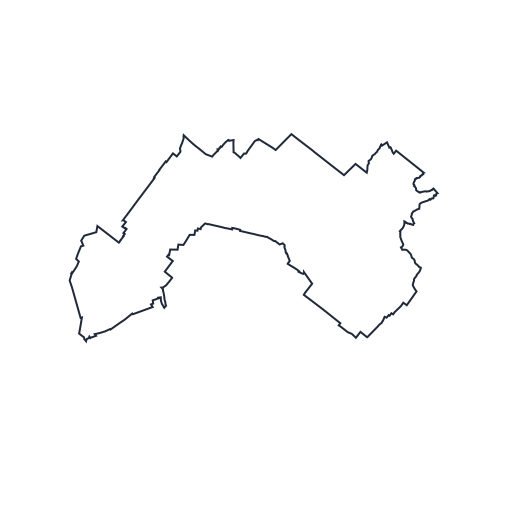 the district of Calera, Zacatecas, Mexico, rotated 216°
{"feature_id": "50627088B82170663698753", "entity_name": "Calera", "entity_type": "district", "adm_level": 2, "iso_a3": "MEX", "parent_name": "Mexico", "parent_adm1": "Zacatecas", "projection": "natural_earth1", "projection_center": [-102.752, 22.979], "detail": "fine", "context": "isolated", "style": "outline", "palette": "slate", "viewbox_px": 512, "rotation_deg": 216, "n_neighbors": 0, "source": "geoboundaries", "source_scale": "gbopen_adm2", "svg_char_len": 6076}
<svg xmlns="http://www.w3.org/2000/svg" viewBox="0 0 512 512"><g transform="rotate(216 256 256)"><path d="M216.9,424.8L218.8,419.6L220.2,420.0L220.3,419.5L219.7,418.0L219.9,417.4L219.6,416.7L219.3,415.5L219.6,414.3L219.7,412.9L219.3,411.7L219.7,409.8L219.8,408.2L220.6,406.2L220.8,405.3L220.2,403.8L219.9,401.9L220.3,400.4L220.8,399.2L220.1,398.1L219.2,397.5L219.0,396.5L219.1,395.1L217.9,393.1L216.6,391.2L215.4,388.5L229.6,389.0L232.3,373.1L269.9,374.4L271.8,374.6L288.0,375.0L299.0,375.4L302.4,353.3L306.4,353.3L322.7,352.1L322.6,350.9L323.2,350.9L324.5,348.3L324.5,345.7L324.5,336.2L324.2,333.5L324.2,333.0L324.4,332.8L325.9,331.9L326.1,328.1L326.2,326.2L327.3,326.4L334.0,327.0L335.1,326.7L340.5,333.9L342.3,336.6L345.5,333.4L346.2,333.8L346.6,333.7L347.5,330.2L347.9,326.7L347.9,324.1L348.9,323.9L348.7,321.9L349.1,321.9L348.8,319.7L349.7,319.6L348.7,318.2L349.0,318.0L349.8,312.5L349.9,310.6L356.6,308.8L358.7,309.0L366.8,309.4L368.7,309.4L373.0,309.7L377.9,310.2L385.5,311.2L385.1,310.4L384.2,309.3L383.5,308.3L383.0,306.6L382.6,305.1L382.2,304.2L381.6,301.2L381.1,299.8L381.0,299.0L380.6,298.1L379.6,297.3L378.4,295.9L378.6,290.0L383.5,290.2L383.6,279.4L384.6,279.5L384.8,271.5L384.9,268.7L384.6,268.6L384.8,260.1L384.3,260.0L384.3,258.9L383.9,258.9L384.4,230.7L384.5,217.5L384.7,206.7L384.4,207.0L381.2,207.0L381.4,202.8L381.5,201.2L378.9,201.3L378.5,201.4L378.5,201.8L378.3,201.9L376.6,201.8L376.7,196.6L375.1,196.6L375.2,194.0L374.7,194.0L374.9,188.7L374.7,188.7L374.8,186.2L401.9,187.0L399.2,181.4L403.9,175.3L404.8,174.2L406.9,171.4L406.4,165.6L405.2,165.0L401.8,162.9L403.3,160.9L401.8,154.8L400.7,150.7L399.8,147.9L396.1,147.4L394.9,142.1L394.7,137.1L394.6,134.6L395.3,134.7L395.2,133.1L394.6,133.1L392.4,126.7L386.0,122.1L361.5,102.8L360.7,103.9L357.2,96.9L353.5,89.3L348.4,89.1L348.0,89.2L347.5,89.1L346.7,88.5L345.9,87.7L345.5,87.6L344.6,87.6L344.2,87.5L343.4,87.2L344.2,89.4L343.0,91.2L343.4,92.9L341.9,92.4L341.9,92.5L338.5,97.4L340.5,98.0L337.1,101.9L334.0,106.0L331.1,111.1L330.5,111.0L326.7,122.2L324.9,127.0L322.3,136.7L321.4,136.5L309.6,154.0L312.5,155.1L311.2,157.1L313.5,159.4L311.8,161.8L310.0,164.5L310.6,164.8L308.8,166.6L306.6,163.9L304.0,162.0L299.8,160.2L299.6,163.0L300.8,163.7L301.7,164.8L302.5,165.6L303.6,166.3L304.2,166.8L306.6,169.5L309.8,172.5L310.6,173.0L311.6,174.3L311.9,174.5L313.9,174.9L312.5,176.1L312.3,177.3L311.5,179.2L311.2,184.0L311.0,189.0L311.3,189.2L320.6,189.7L320.4,203.0L327.6,203.2L327.5,205.9L326.9,205.9L329.2,210.8L323.2,215.0L325.5,219.6L321.2,222.3L321.6,228.5L322.1,234.1L318.2,236.9L320.2,240.9L318.2,242.1L319.2,244.1L316.6,245.2L317.3,246.8L316.3,252.4L315.7,252.7L313.8,253.3L313.6,253.6L313.3,253.8L301.7,258.8L297.1,260.6L295.0,261.7L291.5,263.2L290.9,263.5L291.7,264.7L291.2,264.9L291.0,265.2L287.6,266.6L284.2,267.9L283.6,266.9L280.5,268.3L274.7,270.7L270.4,272.6L266.1,274.3L262.0,276.2L261.7,276.4L260.4,276.8L260.2,277.0L259.7,277.1L258.8,277.6L258.2,278.1L257.5,278.0L254.7,278.3L254.2,278.5L250.8,278.6L249.9,278.8L249.3,279.4L243.7,279.2L241.8,282.0L240.8,281.8L239.4,281.7L238.7,281.0L238.4,280.4L238.4,280.0L236.3,278.5L234.9,277.4L234.1,276.4L232.7,276.3L232.7,275.8L231.9,275.8L230.4,274.9L230.4,274.7L225.8,271.9L225.9,268.6L225.8,268.3L221.3,268.6L221.2,268.7L215.1,269.1L212.1,269.0L212.2,268.3L209.3,268.7L208.1,269.1L207.1,269.4L206.9,270.2L207.6,271.1L194.3,266.6L194.7,255.0L194.5,252.7L171.0,252.2L148.3,251.2L148.3,248.5L145.8,248.6L137.0,248.3L132.9,249.3L132.5,249.3L127.1,248.6L126.9,256.0L118.4,255.6L118.1,256.6L117.3,262.0L116.2,269.5L115.9,272.3L115.6,274.1L115.0,275.7L115.4,278.0L115.2,278.2L116.2,282.4L114.1,282.9L113.9,286.2L112.8,286.2L112.8,289.3L110.8,289.4L110.8,292.5L110.7,292.7L109.3,300.7L109.4,304.8L105.1,304.8L105.3,321.7L107.2,322.3L108.8,322.9L109.4,323.2L111.5,324.2L112.0,324.5L112.4,325.2L113.3,327.6L113.6,328.9L114.0,329.3L114.4,329.8L114.7,331.1L114.5,332.3L114.6,333.0L114.4,333.9L114.6,334.7L114.9,335.0L114.6,338.8L114.7,340.4L115.5,343.0L115.9,343.5L117.2,343.0L120.0,343.6L121.2,343.6L122.9,343.8L123.5,344.1L125.0,345.6L126.9,346.3L128.4,346.2L129.2,346.4L130.7,347.7L131.5,348.2L132.6,348.6L133.4,348.8L134.4,348.9L136.0,349.3L137.5,349.4L137.9,349.2L138.3,349.2L139.9,348.2L141.3,347.0L143.8,348.2L143.2,349.4L143.4,351.4L143.7,352.0L145.7,353.1L148.4,354.7L150.7,356.4L151.6,358.0L152.6,358.9L153.3,360.5L154.2,360.6L154.1,362.2L153.8,363.5L153.7,365.1L153.9,366.2L154.3,368.0L155.0,369.5L156.3,371.2L155.1,371.4L154.2,371.3L153.8,371.1L153.3,371.4L152.3,371.5L151.4,372.1L150.7,372.1L150.0,372.8L148.8,372.9L147.9,373.2L147.2,373.5L147.5,374.1L147.4,375.0L147.2,375.4L147.7,375.7L149.3,376.4L150.2,377.3L150.7,377.4L151.1,378.0L153.0,378.5L153.6,378.9L154.0,380.2L154.3,381.0L154.8,381.7L154.8,381.9L154.9,382.6L154.8,383.6L155.0,384.3L154.5,385.0L152.8,388.8L151.8,389.8L151.7,390.2L152.1,390.5L152.3,391.3L153.2,392.6L154.1,394.2L153.8,395.6L153.2,396.8L151.3,399.5L149.8,401.4L149.2,402.8L149.1,403.9L148.2,403.9L148.0,404.0L147.8,404.6L147.9,405.0L147.9,405.4L147.7,405.8L147.1,406.3L146.6,406.6L146.4,407.0L146.7,407.7L147.4,409.1L147.6,409.8L147.4,410.2L147.0,410.4L146.2,410.2L145.9,410.5L145.9,410.9L146.6,412.1L146.4,413.3L146.2,413.5L152.1,414.9L152.3,414.2L152.1,413.7L152.3,413.1L152.4,412.9L152.8,412.8L153.4,411.0L155.0,409.2L156.0,408.3L156.5,408.3L157.1,407.8L158.9,406.0L159.5,405.3L160.3,404.0L160.7,404.2L160.9,404.1L161.1,403.5L161.8,403.3L163.2,403.4L164.0,403.3L164.9,403.3L165.4,403.7L166.2,404.6L166.8,405.0L168.1,405.5L168.9,405.4L169.3,405.5L169.3,406.1L169.4,406.4L171.0,406.8L171.4,407.8L171.7,409.3L171.7,410.1L172.3,411.1L172.5,411.7L171.8,412.6L172.0,413.4L171.2,413.8L171.0,414.3L170.3,414.9L169.9,415.4L169.8,415.9L169.7,416.4L170.1,416.8L170.1,417.1L169.8,417.8L169.7,418.3L169.4,418.3L169.2,418.7L169.1,419.9L169.3,420.3L169.0,420.5L169.4,420.8L169.5,421.1L169.4,421.7L169.2,422.0L204.5,423.6L204.7,419.7L205.5,419.9L206.9,420.5L208.3,421.5L209.4,422.0L210.3,422.7L211.2,423.0L211.8,422.0L213.6,423.1L214.8,423.7L216.1,424.6L216.7,424.6L216.9,424.8Z" fill="none" stroke="#1e293b" stroke-width="2"/></g></svg>